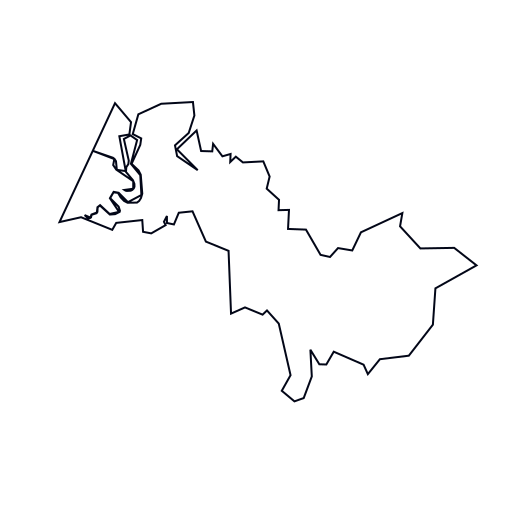 outline of Choluteca, Choluteca, Honduras, rotated 119°
{"feature_id": "27666195B45009798989727", "entity_name": "Choluteca", "entity_type": "district", "adm_level": 2, "iso_a3": "HND", "parent_name": "Honduras", "parent_adm1": "Choluteca", "projection": "robinson", "projection_center": [-87.236, 13.254], "detail": "medium", "context": "isolated", "style": "outline", "palette": "ink", "viewbox_px": 512, "rotation_deg": 119, "n_neighbors": 0, "source": "geoboundaries", "source_scale": "gbopen_adm2", "svg_char_len": 1936}
<svg xmlns="http://www.w3.org/2000/svg" viewBox="0 0 512 512"><g transform="rotate(119 256 256)"><path d="M364.5,151.9L357.1,145.4L334.3,148.8L311.6,163.0L320.0,148.1L316.8,141.9L302.0,141.6L298.9,109.2L305.1,100.9L286.2,97.6L269.1,74.0L230.3,68.0L197.3,83.4L157.3,58.6L152.8,86.6L169.7,115.9L160.2,144.4L147.5,148.8L184.4,175.7L204.5,174.5L209.3,188.1L221.0,190.8L223.7,200.1L208.7,225.1L216.8,241.1L199.7,249.5L205.0,258.5L195.7,263.1L191.9,279.3L179.9,282.6L169.7,295.5L180.5,312.8L178.9,321.8L186.3,324.1L179.1,327.7L185.1,333.7L178.7,347.9L185.7,345.0L190.8,354.9L175.0,368.8L201.0,376.9L209.2,348.6L206.9,373.4L198.5,380.5L181.0,374.5L163.0,378.0L151.9,385.8L168.8,412.7L189.1,427.6L209.1,422.9L208.8,413.4L214.9,411.1L235.7,409.5L238.1,400.2L240.8,396.2L256.6,385.7L261.1,384.7L264.5,384.9L267.0,386.0L271.7,394.2L271.8,398.1L270.3,402.9L267.7,407.3L269.4,411.5L276.1,411.6L279.4,400.1L282.4,396.9L283.6,396.7L287.7,399.5L290.6,403.9L287.5,417.0L290.2,418.1L294.3,416.1L295.9,416.2L299.7,419.8L302.2,419.0L303.1,419.5L304.5,421.2L303.3,425.7L302.7,419.5L299.5,420.0L295.1,416.3L290.2,418.3L287.1,417.0L290.2,404.4L283.8,397.2L276.3,411.8L268.9,411.6L267.3,406.8L271.0,394.1L258.2,385.8L241.4,396.4L236.0,410.1L212.2,416.2L211.4,424.2L217.7,428.3L234.3,413.5L237.6,412.2L241.2,412.5L245.5,410.5L249.4,400.3L251.9,397.3L254.3,395.9L255.9,395.7L258.1,396.2L259.6,397.2L261.7,400.5L262.1,401.8L262.0,403.1L256.7,396.0L250.1,399.6L248.2,420.1L245.7,425.0L239.9,426.9L243.1,449.6L239.4,428.7L239.7,426.8L241.0,424.4L248.1,419.5L244.9,411.1L217.5,433.6L211.1,425.7L199.5,430.2L190.7,453.4L321.6,444.3L306.9,427.8L302.8,394.4L294.8,394.3L279.7,372.9L289.6,366.5L287.0,358.6L272.8,350.0L270.7,353.1L264.2,353.3L270.3,349.9L268.2,343.1L255.6,344.5L247.7,333.2L267.7,306.8L264.8,282.5L318.5,249.9L306.3,240.7L304.1,221.8L298.3,220.0L304.1,203.3L343.5,168.0L361.4,168.1L364.5,151.9Z" fill="none" stroke="#020617" stroke-width="2"/></g></svg>